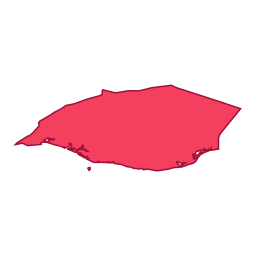 map outline of Suðurland (Natural Earth projection)
{"feature_id": "ISL-705", "entity_name": "Suðurland", "entity_type": "Region", "adm_level": 1, "iso_a3": "ISL", "parent_name": "Iceland", "parent_adm1": "", "projection": "natural_earth1", "projection_center": [-19.582, 64.139], "detail": "fine", "context": "isolated", "style": "filled", "palette": "rose", "viewbox_px": 256, "rotation_deg": 0, "n_neighbors": 0, "source": "natural_earth", "source_scale": "10m", "svg_char_len": 4314}
<svg xmlns="http://www.w3.org/2000/svg" viewBox="0 0 256 256"><path d="M218.6,149.0L214.9,149.7L210.8,150.2L211.2,149.8L211.5,149.3L211.5,148.7L211.2,148.1L210.9,148.9L210.4,149.5L209.7,149.7L209.1,149.3L209.2,149.6L209.2,149.8L209.4,150.1L209.4,150.5L203.6,152.9L204.1,151.6L205.2,150.9L206.6,150.6L207.9,150.5L207.9,150.1L204.9,149.2L203.9,148.5L203.6,149.3L203.7,149.6L203.9,150.1L202.7,150.5L201.6,150.4L200.5,150.1L199.3,150.1L200.2,150.5L200.2,150.8L199.1,150.8L198.6,150.9L198.1,151.3L197.4,151.0L196.6,151.4L195.9,152.0L195.7,152.7L195.4,153.7L194.8,154.4L194.0,154.6L193.2,154.0L192.6,154.5L192.4,155.0L192.7,155.4L193.4,155.6L193.9,155.5L194.8,154.9L195.5,154.8L199.0,155.1L200.3,154.8L198.4,157.0L197.2,157.6L196.0,157.2L196.3,156.8L194.5,156.8L194.6,157.4L193.3,157.3L192.6,157.6L193.2,157.6L193.6,157.7L193.7,158.1L193.6,158.8L196.9,158.7L197.5,158.4L196.5,160.3L194.9,162.1L192.8,163.4L188.2,164.6L185.3,165.9L182.5,166.3L181.0,165.1L181.6,164.7L182.9,164.4L183.3,164.1L183.9,163.5L184.5,163.2L185.9,163.1L185.9,162.8L184.6,162.7L182.2,163.2L181.0,163.1L178.0,162.0L177.0,161.9L177.3,162.4L177.0,162.5L176.9,162.6L176.7,162.8L177.1,163.1L178.1,164.1L178.4,164.3L178.9,164.7L179.1,165.5L179.2,166.3L179.4,166.7L181.2,166.7L182.3,166.7L183.1,166.8L173.5,167.7L167.9,169.2L158.5,170.7L156.2,170.7L147.6,169.1L144.0,169.7L142.7,169.5L143.2,169.4L143.4,169.3L143.6,169.1L142.0,168.9L141.2,168.6L140.5,168.3L139.6,169.0L133.6,168.3L133.0,168.1L130.7,167.1L127.0,166.7L121.8,164.6L114.6,163.5L113.1,162.8L113.8,162.7L114.1,162.5L114.1,162.2L113.5,161.9L112.9,161.9L112.2,162.3L111.6,162.4L107.3,161.9L107.5,162.2L112.0,162.8L100.1,162.3L99.4,161.6L99.2,161.6L98.9,161.8L98.6,161.7L98.4,161.6L98.1,161.6L98.4,162.4L95.0,162.4L93.3,162.2L86.5,158.9L85.9,158.4L86.5,158.7L87.2,158.8L88.0,158.7L88.6,158.4L88.1,158.3L87.0,158.0L86.5,158.0L86.7,157.1L86.8,156.8L86.0,157.5L85.2,157.8L84.4,157.7L83.4,157.2L83.4,156.8L85.0,157.2L84.4,156.3L83.5,155.8L82.7,155.4L81.9,154.8L81.2,153.9L80.8,153.2L80.3,152.8L79.1,152.9L79.1,153.2L80.7,154.5L81.6,155.4L82.2,156.4L79.2,154.8L77.9,153.8L77.0,152.5L77.2,152.4L77.6,152.0L77.3,151.8L76.7,150.8L78.0,150.0L79.4,149.5L82.4,149.3L83.8,149.6L86.3,151.2L87.8,151.3L87.0,150.7L85.9,149.6L85.3,149.3L81.9,148.1L83.3,146.7L83.5,146.1L83.3,145.3L82.8,145.1L82.4,145.3L82.6,145.8L82.6,146.1L82.0,146.7L80.1,148.1L78.8,148.9L78.0,149.5L76.9,149.7L76.5,149.9L76.5,150.4L76.5,151.1L76.4,151.7L76.1,152.2L75.8,152.4L73.8,151.7L71.9,150.7L70.4,150.3L67.2,148.9L70.1,148.9L70.7,149.0L71.7,149.6L72.4,149.7L72.5,149.3L73.1,149.2L74.6,149.3L74.6,148.9L73.3,148.9L73.3,148.5L73.5,148.5L73.8,148.5L74.0,148.5L74.0,148.1L70.8,148.6L69.7,148.5L69.7,148.1L71.2,147.0L71.7,145.2L71.1,143.7L69.4,143.4L69.4,143.8L70.6,144.1L70.5,144.8L69.6,145.8L68.0,147.1L66.9,147.5L65.7,147.7L64.5,147.3L64.9,148.2L65.1,148.5L63.3,147.4L59.3,145.8L53.6,144.6L51.6,143.8L50.6,143.5L49.5,143.0L48.6,142.1L48.9,141.7L48.8,141.1L48.3,139.8L51.8,139.9L53.7,139.7L55.1,139.0L51.7,139.0L49.6,138.3L48.8,138.2L46.5,138.6L46.0,138.8L45.6,139.1L44.2,140.0L43.7,140.2L43.7,140.6L46.0,141.1L47.1,141.7L47.7,142.6L46.7,142.3L44.7,142.1L42.7,142.2L41.4,142.5L40.7,143.1L41.3,144.1L41.0,144.2L40.9,144.3L40.6,144.5L27.5,145.6L25.9,144.9L24.4,144.0L23.1,143.5L21.6,143.3L15.4,144.6L16.3,143.6L17.1,142.8L28.0,135.9L29.7,135.9L30.0,135.8L30.0,135.7L30.4,134.8L30.6,134.5L31.7,133.8L32.8,132.9L34.6,130.8L38.6,126.5L38.9,125.8L39.3,125.0L38.7,123.6L38.6,123.2L38.6,122.8L38.8,122.5L39.4,121.6L39.9,121.0L50.6,114.9L53.8,112.6L60.4,109.2L65.6,105.7L66.7,105.3L73.9,103.9L87.9,98.9L99.8,95.7L101.1,95.0L101.8,94.5L102.0,94.3L102.1,93.9L102.2,93.4L102.2,92.8L102.1,91.9L102.1,91.5L102.2,91.2L102.8,89.8L114.2,92.6L115.3,92.8L116.6,92.7L128.2,90.8L139.3,90.8L151.9,87.7L171.6,85.3L175.7,87.4L180.1,88.9L192.9,93.0L215.4,100.3L240.6,108.7L220.3,133.6L218.7,137.1L218.5,138.3L218.5,148.3L218.6,148.9L218.6,149.0ZM89.9,167.9L90.1,168.1L90.3,168.8L90.0,169.4L89.5,170.0L89.1,170.4L88.8,170.1L88.5,169.6L88.3,169.2L87.9,168.5L88.1,167.9L89.0,167.6L90.0,167.5L89.9,167.9ZM202.3,152.1L202.6,152.5L202.6,153.0L202.4,153.6L201.7,154.2L201.4,154.3L201.7,154.0L201.9,153.7L201.9,153.4L201.5,153.2L201.0,153.3L199.1,153.7L199.2,153.2L200.5,152.4L201.3,152.1L201.6,152.1L202.3,152.1Z" fill="#f43f5e" stroke="#9f1239" stroke-width="1.5"/></svg>